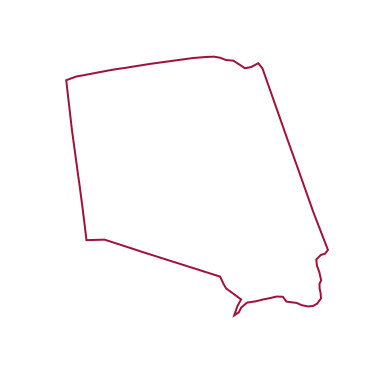 Teotônio Vilela, Alagoas, Brazil, rotated 254°
{"feature_id": "56859067B15562417941436", "entity_name": "Teotônio Vilela", "entity_type": "district", "adm_level": 2, "iso_a3": "BRA", "parent_name": "Brazil", "parent_adm1": "Alagoas", "projection": "albers", "projection_center": [-36.399, -9.958], "detail": "fine", "context": "isolated", "style": "outline", "palette": "rose", "viewbox_px": 384, "rotation_deg": 254, "n_neighbors": 0, "source": "geoboundaries", "source_scale": "gbopen_adm2", "svg_char_len": 917}
<svg xmlns="http://www.w3.org/2000/svg" viewBox="0 0 384 384"><g transform="rotate(254 192 192)"><path d="M284.8,93.7L251.5,88.9L238.5,87.0L231.1,86.0L225.7,85.2L208.8,82.7L196.7,80.8L174.8,77.3L170.3,94.8L150.4,124.3L147.6,128.4L102.9,195.7L94.8,197.0L89.9,198.2L75.2,209.6L69.7,204.1L61.8,198.6L63.5,203.9L67.4,207.5L70.5,214.4L69.4,222.7L69.1,230.6L68.5,238.0L68.2,244.4L66.3,250.4L60.6,252.6L58.3,257.8L56.6,261.9L52.9,266.4L49.9,272.2L49.1,276.9L50.2,281.6L54.2,286.7L59.7,287.8L64.2,288.1L68.5,289.2L71.4,291.8L80.1,292.3L86.9,291.8L92.9,292.9L96.0,298.5L96.0,302.8L98.8,306.7L140.2,303.0L147.4,302.6L185.0,300.3L215.3,298.3L291.4,293.8L297.5,291.2L295.8,283.2L296.4,276.9L300.3,273.7L306.9,267.9L309.4,261.2L313.4,255.9L316.0,250.5L317.9,242.8L320.5,230.0L324.1,205.0L326.7,187.1L329.8,161.4L330.9,153.6L331.7,146.7L334.9,112.2L334.1,101.9L284.8,93.7Z" fill="none" stroke="#9f1239" stroke-width="2"/></g></svg>